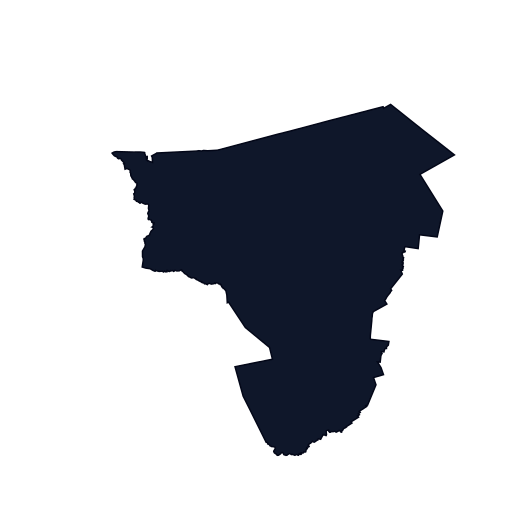 the district of Miguel Auza, Zacatecas, Mexico, rotated 287°
{"feature_id": "50627088B13748341386854", "entity_name": "Miguel Auza", "entity_type": "district", "adm_level": 2, "iso_a3": "MEX", "parent_name": "Mexico", "parent_adm1": "Zacatecas", "projection": "robinson", "projection_center": [-103.557, 24.164], "detail": "fine", "context": "isolated", "style": "filled", "palette": "ink", "viewbox_px": 512, "rotation_deg": 287, "n_neighbors": 0, "source": "geoboundaries", "source_scale": "gbopen_adm2", "svg_char_len": 6055}
<svg xmlns="http://www.w3.org/2000/svg" viewBox="0 0 512 512"><g transform="rotate(287 256 256)"><path d="M216.1,175.5L216.2,175.4L216.3,175.8L215.9,176.3L215.8,177.2L215.9,177.8L216.3,178.1L216.9,179.1L217.2,179.0L217.4,180.2L217.8,180.7L217.2,181.7L217.5,182.1L218.4,182.4L218.7,183.3L218.5,184.2L218.8,185.4L219.4,187.0L221.0,188.5L220.9,189.1L220.0,189.6L219.6,191.0L219.0,191.8L218.3,193.2L217.9,195.4L217.4,195.9L216.5,197.9L216.5,199.1L216.1,200.6L216.4,201.4L216.8,201.8L217.1,203.4L216.7,204.2L217.0,204.9L216.8,205.3L216.3,205.3L216.1,205.7L215.9,207.9L215.5,208.9L215.5,209.7L215.3,210.2L215.3,210.7L215.7,211.6L215.4,211.8L215.0,211.7L214.8,212.3L214.8,212.8L215.1,213.2L215.1,213.6L214.3,214.9L214.5,215.6L214.8,215.8L214.4,217.8L215.0,217.9L216.3,219.4L216.1,220.7L216.1,221.6L217.3,224.0L218.2,224.4L217.8,225.2L218.9,226.0L219.0,227.5L218.6,228.0L218.4,228.9L218.7,229.7L218.7,230.2L218.6,230.4L218.1,230.4L218.0,231.3L217.0,232.1L216.7,232.1L216.4,232.6L216.1,233.5L215.4,234.1L215.6,234.8L213.9,237.4L210.2,239.5L202.9,242.2L203.9,243.2L184.5,266.7L172.5,295.7L162.1,301.9L144.0,268.3L118.2,284.7L106.7,295.7L80.8,320.2L81.0,321.1L80.8,321.7L79.7,322.1L79.6,323.6L79.2,324.3L78.6,324.9L78.6,325.7L78.3,326.4L78.8,328.9L78.8,329.9L78.2,330.4L77.3,330.7L74.6,330.0L74.2,330.1L73.2,331.0L72.8,332.0L72.7,332.8L71.7,334.4L71.7,335.0L72.1,335.8L74.0,337.3L75.2,337.8L75.8,338.4L75.6,339.2L75.3,339.7L74.2,340.7L74.1,341.5L74.3,342.3L74.1,342.9L74.6,343.9L75.0,344.2L75.4,344.3L75.8,344.8L76.2,345.0L76.7,345.5L76.9,346.7L76.4,347.8L77.0,348.5L76.8,349.0L77.0,350.0L76.8,350.6L76.8,351.5L77.9,352.5L78.0,353.3L77.8,354.3L77.9,354.9L79.1,354.6L79.6,355.0L79.2,355.6L79.3,356.7L79.5,357.1L80.2,357.4L80.6,357.0L80.7,356.3L80.8,356.3L81.2,357.0L81.4,358.6L81.7,358.9L82.6,358.9L82.9,360.3L83.3,360.8L85.1,360.6L86.3,360.7L86.5,361.2L86.8,361.4L87.5,360.6L88.2,361.0L88.6,361.9L89.3,362.5L89.6,362.5L90.0,361.4L90.8,361.2L91.4,361.7L92.2,362.1L93.1,363.1L93.6,363.1L94.3,363.7L95.2,363.9L95.4,364.1L95.0,365.2L95.0,365.8L95.1,366.3L97.7,368.3L98.2,369.0L99.0,368.9L99.5,369.2L99.7,369.7L99.5,370.8L99.6,371.4L104.8,372.4L104.6,373.3L105.0,374.5L104.7,375.5L104.8,375.6L106.0,375.6L108.4,374.5L109.3,374.3L110.3,375.4L110.7,376.3L110.6,376.6L109.6,376.9L109.4,377.2L109.6,377.8L109.0,378.1L109.2,378.6L110.2,379.2L110.4,379.9L110.2,380.1L110.5,380.5L110.8,381.6L111.4,382.3L111.4,382.8L111.0,383.9L111.2,384.6L112.2,385.3L112.9,386.3L113.3,386.3L113.5,386.5L113.3,387.0L113.4,388.1L113.4,388.3L112.7,388.3L112.4,388.9L112.6,389.4L114.0,389.3L115.1,390.0L116.0,390.0L116.9,390.5L118.0,391.8L119.0,392.5L119.2,392.2L124.3,396.6L125.1,395.3L131.9,401.2L132.7,399.8L134.4,401.3L135.1,400.0L136.9,401.4L137.6,400.1L144.5,405.8L145.1,404.8L146.0,406.3L167.9,408.4L174.1,403.9L179.8,412.6L185.8,408.2L190.2,403.1L190.8,405.8L197.2,404.6L199.6,405.0L199.5,404.2L201.2,403.9L201.7,406.4L203.5,406.2L203.9,406.4L205.1,406.4L205.4,406.5L205.7,407.8L207.4,407.4L209.4,408.6L213.1,408.1L209.9,390.1L210.1,389.7L210.5,389.4L213.4,388.6L227.7,385.7L230.9,384.9L231.7,384.9L235.4,384.1L235.7,384.3L237.1,384.4L248.3,395.2L251.0,392.0L252.6,392.6L254.8,393.0L256.9,393.7L260.3,395.1L261.0,395.0L262.7,395.8L264.0,394.3L281.5,401.2L284.7,398.6L285.2,400.2L285.7,399.9L286.1,399.9L286.8,400.3L287.7,399.5L288.1,399.8L288.3,399.6L288.6,399.7L288.6,400.0L289.1,400.0L289.2,399.9L289.4,399.1L289.7,399.0L289.8,398.6L290.4,398.3L290.9,398.9L291.5,399.0L292.0,398.5L292.5,398.7L292.9,398.4L292.6,397.7L292.9,397.4L293.4,397.4L294.7,398.2L295.2,397.9L295.4,397.5L296.2,397.9L297.1,397.4L297.5,397.6L297.7,397.1L298.4,396.6L298.7,396.2L299.4,396.1L299.8,395.5L301.6,394.8L302.2,395.2L302.1,395.5L302.9,395.8L303.2,396.9L303.4,397.2L303.7,397.3L304.3,397.3L304.2,396.2L305.0,395.8L305.6,395.9L307.5,395.6L308.6,396.1L310.5,408.9L324.1,406.2L327.2,423.7L353.6,421.5L382.0,388.9L410.7,416.2L425.9,376.8L440.3,340.4L434.6,334.9L435.9,333.9L435.7,333.5L406.9,286.6L385.6,252.4L379.0,241.4L345.9,188.2L342.5,179.0L341.6,175.0L340.5,173.3L340.0,170.6L338.9,168.3L325.5,131.0L325.3,131.0L321.1,126.9L319.9,128.0L315.2,129.7L315.3,128.1L315.2,127.5L315.6,124.9L315.3,124.5L315.8,124.1L315.9,123.1L316.9,122.7L316.8,123.1L317.3,123.1L317.4,123.5L319.3,122.9L318.6,121.9L321.4,119.6L322.1,119.5L322.4,119.2L322.4,118.8L321.6,114.9L319.5,108.2L315.0,91.9L314.3,90.5L313.7,89.6L312.3,88.3L311.4,89.6L310.4,91.3L310.1,93.4L310.2,94.1L309.2,94.9L308.8,96.1L309.7,97.8L309.6,98.1L309.0,99.0L308.6,99.1L306.3,103.1L305.5,102.4L304.9,103.3L300.7,105.4L301.7,106.7L301.9,107.2L301.6,109.7L301.1,110.6L300.6,111.0L299.5,111.0L299.0,111.3L298.5,112.0L296.7,112.6L295.9,113.1L295.1,114.1L294.7,114.3L294.4,114.9L293.7,115.1L293.2,116.5L292.1,118.1L292.2,118.4L291.4,118.9L291.0,119.6L291.0,120.4L290.7,120.9L290.0,121.2L289.3,121.2L288.6,121.6L287.7,121.3L287.1,121.3L286.6,121.6L285.5,120.8L285.0,120.9L283.8,120.1L282.4,121.2L281.7,121.4L280.7,121.5L280.4,121.5L279.7,120.9L277.6,122.3L276.6,122.3L275.2,122.9L274.6,122.8L274.3,124.7L273.4,125.7L273.5,127.2L273.0,128.1L273.3,128.8L272.6,129.4L272.9,130.1L273.8,130.6L274.0,131.2L273.5,132.1L273.2,134.4L273.3,135.4L274.1,137.0L273.9,137.8L273.2,138.6L270.1,139.2L268.1,140.4L267.3,140.5L266.9,140.2L265.2,140.0L264.3,140.6L263.6,141.3L262.7,141.8L260.5,141.8L259.5,142.3L259.4,142.7L259.8,143.2L259.8,143.8L259.7,145.3L259.6,145.5L259.1,145.6L258.9,146.2L257.9,146.4L257.6,147.4L257.3,147.9L257.7,148.3L257.8,149.0L256.9,149.2L255.8,148.5L255.0,148.8L254.0,148.7L253.3,148.1L253.3,148.8L252.1,150.0L250.5,149.3L249.1,148.4L246.1,148.0L245.2,148.1L244.3,147.5L242.7,145.7L240.5,145.2L240.0,144.0L239.7,143.9L239.3,143.9L239.0,144.3L237.5,144.9L237.2,145.6L236.8,146.0L236.1,145.8L235.5,146.2L234.8,146.9L232.2,147.1L227.5,146.0L222.1,147.7L220.8,148.8L219.2,149.4L212.2,150.4L212.2,154.2L212.9,158.5L212.1,161.5L211.9,163.8L212.0,164.1L212.9,164.2L212.8,166.2L213.0,166.7L212.9,167.8L214.2,171.0L213.6,172.1L214.1,172.7L214.9,172.9L214.4,174.3L214.9,175.4L215.4,175.1L216.1,175.5Z" fill="#0f172a" stroke="#020617" stroke-width="1.5"/></g></svg>